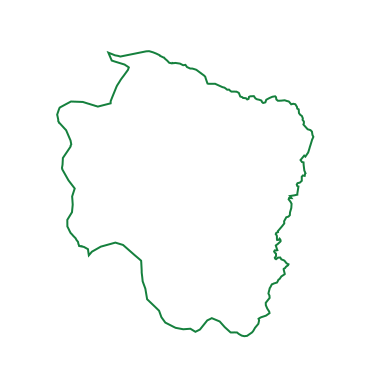 Gibi, Margibi, Liberia, rotated 261°
{"feature_id": "62588387B31480436327445", "entity_name": "Gibi", "entity_type": "district", "adm_level": 2, "iso_a3": "LBR", "parent_name": "Liberia", "parent_adm1": "Margibi", "projection": "albers", "projection_center": [-10.006, 6.564], "detail": "fine", "context": "isolated", "style": "outline", "palette": "green", "viewbox_px": 384, "rotation_deg": 261, "n_neighbors": 0, "source": "geoboundaries", "source_scale": "gbopen_adm2", "svg_char_len": 4602}
<svg xmlns="http://www.w3.org/2000/svg" viewBox="0 0 384 384"><g transform="rotate(261 192 192)"><path d="M160.8,287.6L164.8,288.5L167.1,287.7L169.6,286.3L170.9,287.0L170.4,289.3L172.7,288.1L172.7,292.6L172.9,295.6L173.7,295.7L180.8,298.0L181.3,297.0L182.9,296.6L184.2,297.6L184.3,298.5L184.4,300.0L185.9,302.2L189.9,302.8L191.0,304.1L190.3,305.8L192.7,306.7L192.8,307.0L195.7,306.3L201.3,306.5L203.8,306.8L204.4,305.3L206.6,304.2L210.4,308.5L209.2,309.5L212.8,312.9L216.2,314.6L218.8,315.8L219.1,316.0L223.4,318.1L224.7,318.7L227.3,320.4L227.5,320.5L229.4,319.9L229.8,319.9L232.9,319.9L234.6,318.7L235.9,316.0L241.2,312.6L242.5,313.3L244.2,313.5L244.7,313.2L246.0,312.5L247.4,313.0L249.9,312.4L251.4,310.9L253.2,310.0L256.9,310.3L257.9,309.0L259.6,309.0L262.5,307.8L263.3,305.8L263.1,303.7L265.8,302.1L266.3,301.7L267.0,300.0L268.1,297.9L268.3,294.0L268.7,291.1L270.2,289.8L272.5,289.8L273.5,289.1L273.5,286.3L272.7,283.2L271.5,279.8L269.1,278.5L269.0,278.0L268.8,276.2L269.8,275.3L270.6,275.1L271.5,274.8L272.6,272.8L273.4,270.7L274.5,269.3L277.0,268.1L277.4,264.5L277.0,263.2L275.6,262.6L275.1,262.4L274.8,261.0L276.2,259.9L276.6,258.4L276.9,257.1L277.7,256.6L278.8,254.6L282.4,253.8L282.7,253.6L284.1,251.7L284.4,250.2L285.0,246.6L286.0,245.6L286.9,244.9L287.4,244.5L287.4,243.9L287.5,242.8L289.2,241.2L290.0,240.4L290.8,238.5L294.5,232.9L295.3,231.7L295.6,229.4L296.3,225.2L296.7,224.3L297.6,224.1L301.0,223.5L302.2,223.3L303.8,223.1L305.2,222.1L307.1,220.2L312.0,215.4L312.7,214.1L313.6,212.2L313.8,211.9L314.0,210.8L314.2,209.6L316.2,206.6L316.6,206.4L318.6,205.4L318.6,203.1L320.7,200.2L322.1,195.7L322.1,194.1L322.5,193.0L322.2,192.9L322.2,192.2L323.2,189.7L325.7,188.0L328.3,185.8L329.0,185.6L329.3,184.9L331.6,181.6L332.1,181.5L334.2,178.5L336.0,175.5L337.0,173.4L337.8,171.7L338.1,168.8L337.0,142.4L338.0,140.3L339.0,137.4L340.4,135.1L342.7,131.2L341.4,131.5L334.4,133.3L333.1,135.8L328.4,145.4L327.8,146.0L325.1,149.0L324.9,149.1L324.6,148.9L322.7,147.9L318.8,144.0L317.6,142.8L315.8,140.9L315.4,140.5L314.1,139.2L311.5,137.0L310.5,136.1L309.4,135.1L309.0,134.8L308.4,134.3L307.9,134.0L307.8,133.9L307.3,133.6L305.3,132.4L298.2,128.1L294.8,126.1L294.5,125.9L292.3,125.5L291.1,112.4L291.3,111.9L291.6,111.4L292.5,109.4L292.7,109.1L294.0,106.4L295.4,103.6L295.5,103.3L298.0,98.3L300.3,86.6L299.4,84.0L298.3,80.8L297.7,79.1L297.1,77.4L296.5,75.7L296.3,75.2L296.0,74.5L295.1,73.9L293.7,73.1L292.5,72.5L291.6,72.0L290.2,71.3L289.4,70.9L288.5,71.0L284.6,71.2L282.7,71.0L282.1,71.4L281.5,71.4L281.5,71.5L274.4,76.2L272.8,77.3L272.1,77.5L261.8,80.1L261.4,80.1L257.9,80.2L256.7,79.3L255.9,79.2L252.1,75.7L250.3,74.0L245.8,69.8L239.2,68.4L236.0,67.3L235.4,67.5L234.7,67.4L222.9,71.8L222.5,72.0L214.2,76.5L213.8,76.7L207.5,73.5L206.3,72.9L203.6,72.7L198.1,72.2L190.8,70.3L184.0,64.5L183.4,64.4L177.4,63.5L176.3,63.9L172.3,65.1L170.5,65.7L168.4,67.2L167.9,67.4L167.6,67.6L164.5,69.8L162.7,70.4L160.6,71.6L158.3,71.7L157.3,72.0L156.4,72.0L156.0,72.9L156.0,73.8L155.8,74.4L155.5,74.3L154.7,76.6L152.9,78.9L151.8,80.3L151.7,80.3L148.0,80.2L145.6,80.2L148.7,83.8L152.3,93.4L154.0,108.4L151.5,113.5L150.9,114.8L150.4,115.7L138.7,125.4L134.3,129.2L132.1,131.0L130.7,130.9L122.2,130.0L120.2,129.7L115.0,129.5L111.5,129.3L103.8,130.8L93.1,130.9L85.9,136.4L79.9,140.9L73.1,142.2L67.2,145.2L61.8,152.6L60.8,154.0L60.4,154.6L57.8,161.9L57.2,169.0L53.4,173.5L54.9,178.3L55.8,179.3L62.8,187.0L63.6,189.7L64.3,191.8L59.8,199.1L53.4,203.2L47.3,208.1L47.2,208.3L46.6,212.4L46.4,213.3L46.2,214.5L44.5,216.0L42.4,218.6L41.4,221.1L41.3,223.9L43.9,229.3L45.1,230.7L48.0,233.0L51.4,236.9L54.7,238.2L56.4,237.9L57.2,239.8L57.5,240.8L57.9,243.3L58.3,245.7L60.2,249.6L61.3,249.6L61.9,249.5L65.1,248.1L68.6,247.2L71.0,247.5L73.7,250.4L75.1,252.0L75.3,252.1L77.6,252.3L78.5,252.0L79.7,251.6L81.3,252.2L84.2,253.5L84.7,253.6L85.7,254.5L88.3,256.4L88.5,257.5L88.6,257.8L88.8,258.3L89.3,261.8L90.7,262.9L91.9,263.7L92.3,264.8L94.6,267.0L96.3,270.7L96.8,270.8L101.0,270.4L101.8,270.6L102.3,272.0L103.5,273.2L104.5,275.2L104.7,275.5L105.5,276.0L106.7,274.3L107.9,273.6L109.8,272.5L110.6,271.3L111.2,270.2L111.5,269.7L113.5,268.9L113.7,266.7L112.5,264.5L113.2,263.7L114.1,263.5L115.6,265.0L118.0,265.3L119.3,264.2L120.4,263.8L121.4,264.6L121.1,266.0L121.2,267.2L122.7,266.9L126.1,266.4L127.2,268.5L128.9,271.1L129.1,271.4L129.7,271.9L131.1,271.8L132.2,271.2L131.2,270.2L131.3,268.6L132.1,268.5L134.8,268.9L135.8,268.9L137.3,268.1L138.5,268.9L138.9,270.7L139.9,270.7L143.9,275.4L146.5,278.2L148.7,278.4L152.3,281.2L152.6,283.4L153.8,285.0L156.5,285.6L160.5,287.5L160.8,287.6Z" fill="none" stroke="#15803d" stroke-width="2"/></g></svg>